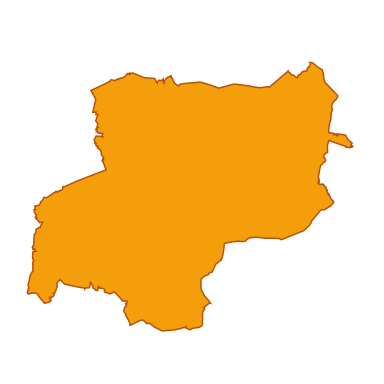 Zitácuaro, Michoacán, Mexico, rotated 6°
{"feature_id": "50627088B99906362708440", "entity_name": "Zitácuaro", "entity_type": "district", "adm_level": 2, "iso_a3": "MEX", "parent_name": "Mexico", "parent_adm1": "Michoacán", "projection": "robinson", "projection_center": [-100.356, 19.436], "detail": "fine", "context": "isolated", "style": "filled", "palette": "amber", "viewbox_px": 384, "rotation_deg": 6, "n_neighbors": 0, "source": "geoboundaries", "source_scale": "gbopen_adm2", "svg_char_len": 5890}
<svg xmlns="http://www.w3.org/2000/svg" viewBox="0 0 384 384"><g transform="rotate(6 192 192)"><path d="M285.8,230.1L307.5,218.6L312.7,212.3L313.6,210.4L314.0,208.4L320.9,198.1L321.5,197.0L322.9,196.1L325.3,195.9L326.3,195.3L331.4,191.2L333.8,188.0L333.9,186.8L330.9,184.2L328.3,179.6L328.4,180.9L328.0,180.6L327.9,179.4L328.2,179.4L328.1,179.2L327.3,179.2L325.8,176.6L326.4,176.2L326.2,175.8L325.7,175.6L324.7,173.7L324.7,173.3L324.4,173.4L324.1,173.2L323.0,172.0L322.9,172.2L322.3,171.7L322.5,171.4L322.0,171.0L321.9,170.7L321.1,170.4L319.8,170.6L319.7,170.9L319.0,171.1L317.4,170.9L317.1,170.1L317.4,169.8L317.1,169.6L317.3,168.2L317.7,167.4L316.7,168.4L317.1,167.0L317.8,166.6L316.8,166.9L316.8,165.3L316.5,165.2L316.0,163.2L316.6,159.3L316.5,157.8L317.1,152.4L320.1,148.6L321.3,147.7L321.7,146.5L321.1,145.2L319.4,143.5L319.4,141.6L320.0,140.3L322.7,138.3L321.9,132.6L321.9,131.0L322.6,126.4L340.4,130.7L340.5,131.3L342.6,131.3L343.9,131.6L344.1,131.2L346.3,130.8L347.0,130.0L346.9,129.5L346.5,129.2L345.7,128.9L345.5,129.3L345.1,128.8L346.1,126.6L341.5,123.5L338.8,119.4L330.3,118.9L331.1,120.5L330.2,121.0L327.8,118.9L327.3,119.3L327.1,120.1L326.0,118.8L321.6,118.6L321.5,112.6L321.8,108.4L322.4,105.9L322.2,98.5L323.0,96.2L322.4,93.5L321.7,91.4L323.5,87.2L326.0,84.3L327.1,81.1L313.0,69.2L310.9,64.9L311.0,63.6L310.2,60.6L308.7,56.7L306.8,56.0L303.4,54.2L298.2,50.7L295.7,50.8L296.0,51.1L296.4,52.7L295.9,54.3L295.4,55.0L294.4,55.6L293.7,57.7L293.6,59.2L293.3,59.7L292.8,60.1L291.9,59.8L291.2,59.9L288.5,61.4L288.3,62.9L287.6,63.8L285.7,64.3L284.9,67.3L283.0,66.7L281.0,65.4L278.7,64.9L277.7,64.2L276.8,63.1L275.2,62.4L274.9,61.5L273.7,63.1L257.9,79.7L256.4,79.3L248.9,81.2L244.3,81.2L237.5,80.5L222.6,80.2L207.8,85.9L197.7,83.4L188.7,81.8L172.2,85.1L168.5,86.3L168.3,87.3L167.9,87.8L164.8,86.7L162.9,85.2L162.7,84.4L161.6,83.2L161.1,81.6L160.2,81.0L159.0,78.5L158.6,78.6L157.5,79.8L155.5,80.5L153.5,83.3L152.6,85.4L152.8,86.4L151.9,85.6L151.5,82.7L150.7,84.1L149.5,84.2L148.9,84.5L148.0,84.1L147.6,84.2L146.2,85.9L146.0,87.3L143.0,83.0L132.8,83.3L120.4,79.8L119.0,80.5L118.6,80.9L118.3,80.9L117.7,80.1L117.4,80.1L117.2,80.6L117.4,81.5L116.6,81.6L115.5,80.9L115.2,81.0L114.4,82.7L112.6,84.8L111.7,85.3L106.8,87.2L106.9,87.7L105.7,87.7L103.9,89.2L100.0,88.8L99.5,89.2L99.1,90.2L96.3,92.2L80.9,101.6L86.6,109.9L85.0,123.2L88.2,122.5L88.3,124.9L90.4,124.7L89.7,127.1L88.8,131.4L91.3,134.1L90.7,137.4L91.8,137.8L90.7,138.2L90.1,138.9L89.8,140.1L90.8,140.0L91.2,141.7L91.0,141.9L91.8,141.8L92.1,143.1L97.1,143.1L96.7,143.9L96.9,144.5L96.6,144.8L97.6,146.6L94.7,146.2L90.8,146.4L89.2,150.3L90.0,151.6L89.9,151.8L90.7,153.6L90.5,153.8L91.7,153.9L91.4,154.6L91.5,155.6L92.2,155.8L92.3,156.4L93.9,156.4L93.4,158.2L94.7,158.2L94.8,158.9L96.4,159.7L96.9,160.7L97.3,161.0L97.7,162.4L97.7,163.6L97.9,164.2L99.7,166.3L100.3,166.6L100.6,168.7L99.7,168.7L99.9,169.9L99.4,170.1L99.9,171.0L100.4,171.2L104.2,179.0L91.5,185.4L91.6,186.0L90.8,185.8L76.7,193.0L64.4,200.2L63.1,200.1L62.9,200.6L63.1,202.4L62.3,203.7L60.5,204.3L59.8,205.2L58.9,205.3L58.4,206.2L58.2,205.8L57.3,205.8L56.8,205.4L55.5,207.0L55.1,206.9L52.6,209.0L48.3,212.8L45.3,212.8L44.9,214.0L44.6,214.4L44.4,215.5L42.6,217.6L42.9,218.1L42.4,218.6L42.0,220.1L41.6,220.7L40.6,221.4L37.1,222.5L37.7,223.8L37.4,225.5L37.0,225.9L37.9,225.9L37.0,228.1L39.2,230.8L39.6,230.8L39.9,231.6L38.8,233.4L39.3,233.8L39.6,234.6L40.1,234.3L39.9,235.0L41.4,236.0L43.8,238.5L45.5,237.8L46.7,237.8L44.8,241.8L44.7,243.2L43.5,243.2L41.1,245.2L40.7,247.6L41.0,248.4L39.6,250.7L40.1,261.9L39.3,262.5L39.0,263.9L39.6,264.3L39.7,265.6L41.1,265.0L41.0,265.9L42.0,266.0L42.2,266.6L42.9,267.1L42.1,267.1L41.0,267.8L40.1,268.0L40.1,272.8L40.6,274.3L40.6,275.1L41.8,276.6L41.2,277.6L40.9,278.7L41.2,279.2L41.2,280.9L41.7,281.1L41.5,285.0L42.2,287.4L41.2,288.3L39.8,291.9L39.3,297.8L38.6,301.5L39.9,304.6L39.3,305.9L38.7,309.1L39.6,310.6L40.5,310.4L41.7,309.6L42.5,309.8L43.1,309.2L46.7,308.9L48.8,309.1L49.9,311.1L53.5,314.8L54.4,315.3L57.0,318.2L62.3,316.0L62.5,315.1L63.2,314.5L61.1,311.9L61.3,311.4L63.1,311.9L63.5,310.8L64.7,310.6L65.3,309.8L65.7,308.7L64.8,307.7L64.8,306.9L65.9,307.0L66.2,306.7L66.5,305.0L67.2,303.5L67.3,301.8L67.8,300.3L67.6,298.9L66.9,298.1L68.1,295.2L70.1,292.8L74.7,296.9L86.7,298.3L95.3,298.8L95.5,299.8L96.4,298.4L99.4,298.1L99.8,297.7L100.1,296.7L100.5,293.9L100.1,291.8L102.9,295.5L103.4,296.4L103.7,297.9L105.7,298.6L106.1,299.5L106.7,299.9L108.3,299.9L108.5,296.8L109.0,295.8L109.5,297.1L110.1,296.4L110.7,297.2L113.8,297.2L115.3,298.1L115.2,299.8L115.4,300.5L115.9,300.9L116.5,301.1L117.5,300.8L120.6,301.8L121.2,301.8L123.0,301.0L124.5,299.5L125.1,299.3L134.0,307.0L133.8,307.3L134.1,307.8L135.5,307.4L137.5,307.8L138.8,307.3L139.0,308.0L138.6,309.3L138.3,309.8L137.6,310.2L138.5,311.0L138.7,311.9L138.6,312.3L137.5,313.0L137.0,314.6L136.6,316.2L136.9,318.1L139.1,320.9L139.2,322.2L139.8,322.5L140.4,323.6L141.9,325.6L143.7,328.7L144.1,329.9L144.3,331.1L144.8,331.0L148.9,328.1L151.9,326.6L153.7,325.1L155.8,324.6L156.6,324.7L158.2,325.5L160.5,327.6L163.8,327.1L169.0,330.4L176.8,333.3L188.7,331.0L195.7,328.8L196.2,328.1L199.7,327.5L200.1,326.9L200.4,325.6L200.6,328.1L204.6,329.3L206.3,327.8L209.5,326.7L211.0,326.5L213.5,325.7L215.1,324.7L215.8,323.8L216.2,322.7L215.2,311.4L216.0,308.2L216.7,307.5L216.5,307.4L216.6,306.3L215.7,305.9L221.0,300.5L222.0,300.7L220.1,298.4L215.4,294.1L212.8,290.1L212.0,289.4L211.5,288.5L211.1,287.3L210.3,280.7L210.2,277.9L212.1,275.2L214.1,273.8L216.7,272.7L217.1,272.3L217.0,271.7L217.7,270.6L219.8,269.9L220.3,269.0L220.5,269.0L220.7,268.2L220.9,268.2L223.1,261.4L228.4,256.3L228.2,255.1L228.9,254.2L229.3,250.6L229.7,243.8L229.4,241.9L229.7,239.8L230.8,239.2L235.9,237.9L237.7,237.2L239.5,237.1L242.4,236.0L248.0,236.0L249.9,235.4L252.6,232.5L255.3,231.2L259.3,230.5L264.6,230.2L270.6,230.3L275.1,229.7L283.5,229.2L285.8,230.1Z" fill="#f59e0b" stroke="#b45309" stroke-width="1.5"/></g></svg>